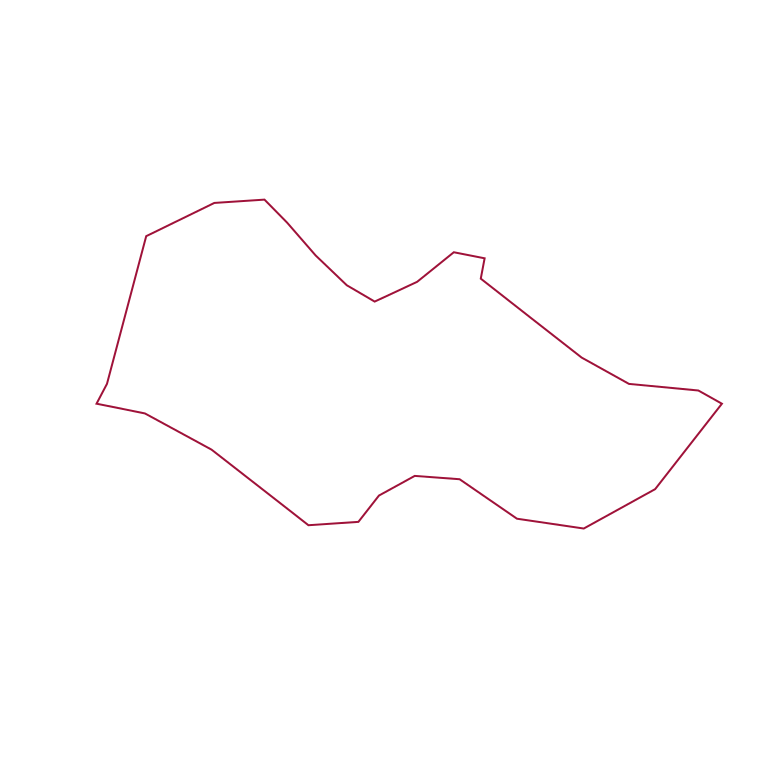 the Unitary Authority (wales) of Torfaen, rotated 128°
{"feature_id": "GBR-2134", "entity_name": "Torfaen", "entity_type": "Unitary Authority (wales)", "adm_level": 1, "iso_a3": "GBR", "parent_name": "United Kingdom", "parent_adm1": "", "projection": "natural_earth1", "projection_center": [-3.053, 51.7], "detail": "fine", "context": "isolated", "style": "outline", "palette": "rose", "viewbox_px": 768, "rotation_deg": 128, "n_neighbors": 0, "source": "natural_earth", "source_scale": "10m", "svg_char_len": 538}
<svg xmlns="http://www.w3.org/2000/svg" viewBox="0 0 768 768"><g transform="rotate(128 384 384)"><path d="M413.9,662.4L345.8,629.2L312.3,591.7L316.5,559.7L324.8,517.0L329.1,474.1L324.8,442.1L283.1,420.8L237.2,410.1L223.0,382.1L241.4,372.6L241.5,308.5L241.5,244.5L233.1,191.0L195.6,132.3L191.5,105.6L245.6,105.6L299.9,105.6L374.9,137.6L408.3,196.3L412.5,265.8L437.5,303.2L475.0,319.3L508.4,319.3L541.8,356.6L541.8,399.4L541.9,479.5L554.4,554.3L576.5,598.4L554.4,602.4L413.9,662.4Z" fill="none" stroke="#9f1239" stroke-width="2"/></g></svg>